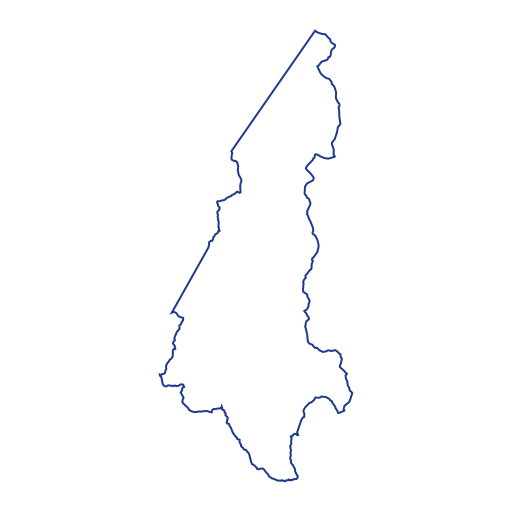 the district of Bongara, Amazonas, Peru
{"feature_id": "86281439B83606143553342", "entity_name": "Bongara", "entity_type": "district", "adm_level": 2, "iso_a3": "PER", "parent_name": "Peru", "parent_adm1": "Amazonas", "projection": "robinson", "projection_center": [-77.909, -5.632], "detail": "fine", "context": "isolated", "style": "outline", "palette": "blue", "viewbox_px": 512, "rotation_deg": 0, "n_neighbors": 0, "source": "geoboundaries", "source_scale": "gbopen_adm2", "svg_char_len": 6088}
<svg xmlns="http://www.w3.org/2000/svg" viewBox="0 0 512 512"><path d="M334.8,156.3L334.1,155.6L333.6,154.3L333.8,149.7L332.0,144.5L331.9,143.2L332.0,142.6L334.6,139.3L336.9,132.7L337.9,127.1L340.2,124.3L340.3,123.5L339.3,116.3L339.2,111.0L338.6,107.3L339.3,106.6L339.5,104.3L339.1,103.5L337.7,102.0L336.5,99.2L336.0,98.7L335.9,96.3L336.1,93.4L335.9,91.5L334.6,87.5L333.5,85.4L331.9,84.2L331.6,82.1L329.2,78.9L326.7,78.2L324.0,76.6L321.1,73.9L320.3,72.7L317.3,66.3L318.6,65.5L321.2,62.2L322.2,61.4L326.2,60.2L327.7,59.3L328.5,57.2L329.9,56.9L330.6,55.2L331.3,50.9L331.8,49.6L334.1,47.8L335.1,46.1L335.0,45.0L334.8,44.6L332.3,43.3L331.2,42.3L330.5,41.3L330.2,39.5L329.8,38.8L328.7,38.1L325.2,34.2L322.2,34.0L317.3,32.3L315.1,30.7L231.4,151.2L232.2,153.0L231.5,156.8L231.5,159.2L231.7,159.6L233.8,160.8L236.2,161.3L236.8,161.8L237.3,162.7L238.2,166.6L237.8,170.9L238.4,172.5L238.3,173.5L238.7,174.7L241.2,179.3L241.4,181.2L240.4,184.2L240.2,186.7L240.5,192.4L239.6,192.8L238.6,192.5L237.7,191.8L237.0,191.7L234.5,193.9L231.9,195.1L231.4,195.8L227.4,197.6L226.1,198.5L225.4,199.4L223.8,200.2L222.1,200.4L218.9,201.4L217.7,201.2L217.2,201.7L217.2,203.1L218.0,204.6L218.0,205.8L219.4,207.2L219.7,208.2L219.6,209.0L219.1,209.4L218.7,210.6L217.6,211.3L217.3,213.3L218.0,214.9L217.6,217.0L218.2,218.3L218.0,220.2L218.5,221.0L218.7,222.1L218.4,227.1L219.0,227.7L218.7,228.8L219.7,230.7L219.0,231.3L218.1,231.3L218.0,232.3L217.0,233.5L215.2,234.4L214.3,236.4L213.3,237.3L212.8,239.8L212.1,240.8L210.7,241.0L209.3,242.1L208.9,243.1L209.2,244.5L208.7,245.8L208.7,246.8L208.4,247.6L171.8,312.7L173.1,312.1L174.3,312.0L176.2,313.0L178.6,316.3L180.5,317.2L183.2,317.9L183.0,320.3L181.6,322.4L180.9,324.2L179.4,325.5L179.5,328.9L178.7,329.6L178.5,330.2L177.2,331.5L176.3,332.9L176.3,333.6L175.0,336.1L174.4,338.4L174.5,339.2L174.9,340.2L173.3,342.1L172.9,343.1L173.2,343.8L174.6,345.5L174.6,346.3L175.0,346.9L174.7,347.6L175.3,348.9L174.6,349.4L173.4,349.3L172.8,350.7L172.8,355.5L172.4,357.2L171.7,358.2L169.5,360.1L168.5,362.0L167.4,362.9L167.2,363.6L166.4,364.7L166.1,366.2L166.3,368.9L165.6,370.1L164.9,373.1L163.6,373.9L161.8,374.2L161.2,375.0L160.7,375.0L159.8,374.6L160.0,375.8L161.3,376.8L161.3,377.7L162.1,379.9L162.1,381.5L162.9,384.5L164.7,386.3L166.1,386.4L168.3,385.3L171.6,385.9L172.9,385.7L173.8,386.2L175.0,385.5L176.3,386.0L178.0,385.9L180.9,384.4L182.5,384.4L183.2,384.7L183.5,385.8L184.0,386.4L184.1,387.0L183.1,387.3L182.5,388.0L182.0,389.0L182.2,390.1L180.7,392.4L183.6,397.8L182.9,399.0L182.3,401.6L183.2,403.5L184.6,404.5L185.6,405.9L187.5,407.2L189.2,409.9L190.7,410.9L193.6,412.0L196.7,412.0L198.8,411.4L200.3,411.7L202.7,411.3L206.6,411.0L211.4,412.4L211.8,412.1L211.9,410.8L212.4,409.9L213.7,409.0L215.0,409.1L218.7,408.4L220.0,408.5L221.3,407.5L221.7,406.4L222.3,408.1L222.2,409.5L224.1,410.4L224.4,410.9L224.7,412.4L225.6,413.2L225.5,415.3L227.2,416.9L227.8,418.1L227.7,418.8L227.1,419.8L227.3,420.8L226.7,422.2L226.7,422.9L227.4,423.6L228.2,423.7L229.2,424.1L229.6,426.0L230.7,427.4L232.7,432.4L235.1,436.0L235.7,436.4L236.2,437.3L236.9,437.6L237.3,439.1L239.6,439.7L239.6,442.1L240.1,443.4L241.1,444.6L241.0,445.9L241.5,446.6L243.2,448.1L243.6,449.0L244.3,449.6L245.7,449.8L246.3,450.2L246.9,451.3L248.8,453.2L249.8,456.4L250.0,458.2L250.6,459.3L251.0,461.7L252.1,464.2L253.1,464.5L255.3,466.2L256.1,467.3L257.0,467.9L257.2,469.0L259.1,469.3L260.7,468.5L263.0,468.6L264.0,469.5L266.3,472.6L268.3,474.6L268.6,475.8L269.4,476.8L270.3,477.4L271.4,477.8L272.0,478.5L272.7,478.5L275.7,479.6L276.8,480.4L280.9,480.7L281.8,480.2L282.3,480.6L283.7,480.7L284.8,481.3L285.6,480.6L288.2,480.2L288.5,479.6L289.1,480.0L289.7,479.9L290.1,480.3L290.8,479.9L291.9,480.1L292.3,479.6L293.2,479.6L293.7,479.2L296.4,479.0L297.6,477.6L297.6,475.6L296.7,474.7L295.0,471.0L295.1,469.6L294.8,468.6L293.9,467.3L293.0,465.1L291.3,463.4L291.0,462.4L291.1,460.4L290.2,458.9L290.3,457.1L290.8,455.3L290.5,452.3L291.1,450.4L290.6,448.9L290.5,447.5L290.1,446.3L291.2,444.1L291.2,440.2L291.7,438.0L290.8,436.7L291.4,436.0L292.7,435.7L293.5,434.5L294.6,433.8L296.0,434.1L297.2,435.1L298.0,435.0L297.1,432.5L301.2,420.3L302.8,417.6L304.2,416.9L304.4,414.3L303.4,410.7L303.9,409.5L305.3,407.2L309.6,402.8L311.4,402.3L313.9,400.2L315.0,398.4L315.3,397.5L318.0,397.8L320.2,397.4L321.4,396.4L323.2,396.9L325.6,396.9L329.3,398.9L330.1,400.2L331.8,401.2L332.4,402.9L335.0,406.4L335.9,408.8L337.1,410.3L338.1,412.9L339.3,412.9L344.4,410.6L343.6,408.9L344.6,405.7L349.1,402.1L350.5,398.8L351.2,396.2L352.2,393.6L352.1,392.7L350.0,390.6L349.5,389.8L349.2,387.7L348.1,386.2L347.7,385.1L347.2,381.0L346.1,379.1L345.5,375.7L346.6,374.4L346.9,373.6L345.9,373.0L344.0,370.7L339.9,367.0L339.7,366.3L340.9,363.2L341.9,358.9L340.6,356.8L340.5,354.3L339.2,353.5L336.9,351.1L335.2,350.2L331.3,351.0L328.2,350.3L325.4,351.6L322.6,351.9L319.3,350.2L317.0,347.8L314.7,347.8L314.2,346.8L313.3,346.3L312.5,344.8L309.8,343.8L308.9,343.2L307.7,340.9L307.2,334.7L305.7,328.1L305.1,326.6L305.5,325.5L305.9,322.4L306.4,321.3L308.8,319.3L309.0,318.6L308.5,317.3L307.5,315.9L305.7,312.5L304.8,311.9L304.3,310.9L306.3,309.8L307.3,308.7L308.6,306.0L308.5,304.2L309.5,302.0L309.5,300.3L307.6,297.0L306.9,294.1L305.5,293.4L303.2,291.7L303.0,288.3L303.3,287.1L303.3,285.2L303.6,283.2L303.2,282.2L303.8,280.1L305.8,277.5L305.4,276.5L305.6,275.3L306.3,274.7L309.6,270.4L311.2,269.0L311.5,268.3L311.7,264.0L312.9,261.1L311.9,259.8L312.2,258.6L314.7,255.8L317.6,251.7L317.7,249.9L318.4,248.0L318.6,245.8L318.4,244.0L317.5,240.2L315.4,235.9L312.6,233.6L312.6,232.3L313.3,230.4L312.8,227.3L310.3,221.2L308.8,218.5L308.1,216.0L306.9,214.1L307.5,212.5L307.1,211.1L309.6,206.1L310.4,203.7L310.4,202.8L309.7,201.5L309.5,200.1L308.9,198.9L308.5,198.4L306.9,197.7L306.2,195.5L304.9,194.4L304.6,193.7L305.0,186.6L307.1,183.4L312.5,180.6L313.2,179.9L313.7,178.3L313.6,177.6L313.0,176.5L309.5,172.2L307.9,171.0L305.9,168.5L306.2,167.4L307.5,165.4L312.7,160.0L313.2,158.5L314.2,158.0L314.5,157.5L315.0,154.8L315.3,154.4L316.0,154.2L318.7,155.2L319.6,156.0L323.9,157.9L328.1,158.7L334.5,156.8L334.8,156.3Z" fill="none" stroke="#1e3a8a" stroke-width="2"/></svg>